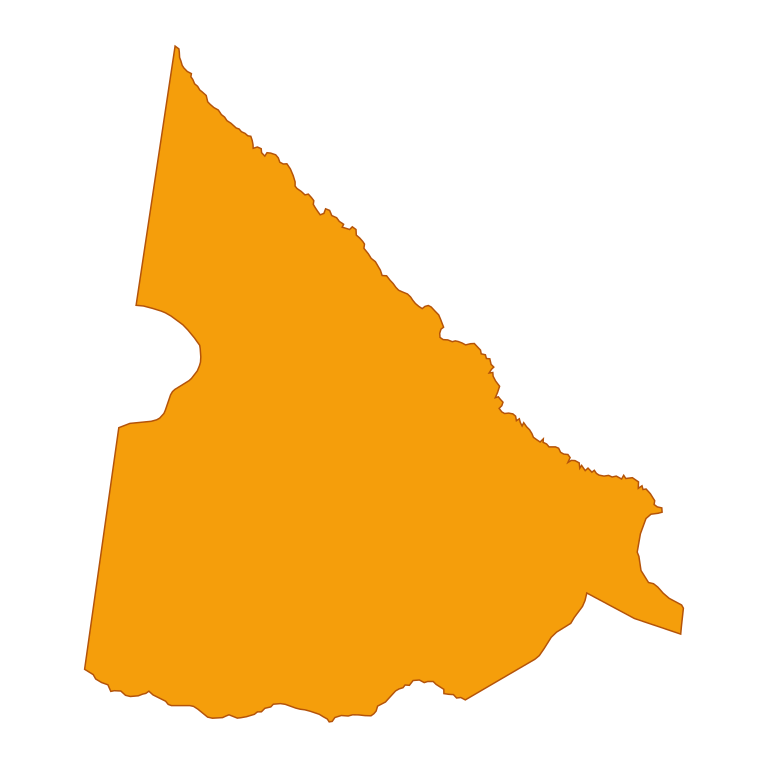 Chapadão do Céu, Goiás, Brazil (orthographic projection)
{"feature_id": "56859067B16920149429601", "entity_name": "Chapadão do Céu", "entity_type": "district", "adm_level": 2, "iso_a3": "BRA", "parent_name": "Brazil", "parent_adm1": "Goiás", "projection": "orthographic", "projection_center": [-52.582, -18.383], "detail": "fine", "context": "isolated", "style": "filled", "palette": "amber", "viewbox_px": 768, "rotation_deg": 0, "n_neighbors": 0, "source": "geoboundaries", "source_scale": "gbopen_adm2", "svg_char_len": 3977}
<svg xmlns="http://www.w3.org/2000/svg" viewBox="0 0 768 768"><path d="M465.3,699.9L535.1,659.1L539.3,655.6L544.1,648.6L551.2,637.3L556.6,632.1L570.8,623.3L574.3,617.4L582.5,606.4L585.0,600.6L586.8,593.0L634.4,618.5L680.7,634.1L681.5,625.6L683.4,608.2L681.6,605.0L669.1,598.3L663.1,593.1L657.8,587.1L653.5,583.7L648.5,582.5L641.0,570.5L638.9,556.4L637.2,552.1L640.4,533.8L646.0,518.5L651.0,514.2L658.0,513.3L662.1,512.2L661.8,507.9L657.3,506.9L654.1,504.5L654.7,500.7L650.4,493.8L646.1,489.0L643.0,489.5L642.0,485.8L638.3,488.3L638.5,481.9L632.4,477.7L625.8,478.5L623.7,475.3L621.6,479.0L616.3,476.1L612.1,477.0L608.6,475.4L604.0,476.1L599.0,475.1L596.4,473.4L594.3,470.3L591.9,472.2L588.0,468.1L585.2,470.6L581.6,465.4L579.8,468.2L579.2,462.9L575.0,460.6L571.3,460.4L567.9,462.5L570.1,457.6L567.9,454.5L563.8,454.1L560.6,452.3L558.6,448.2L555.5,446.9L549.0,446.9L546.6,444.0L543.1,442.3L543.3,438.9L540.1,442.0L536.7,439.7L533.4,437.3L531.9,433.6L529.5,429.7L526.6,426.8L523.7,422.7L522.1,426.0L520.3,422.5L519.3,418.8L516.4,420.7L515.6,416.2L512.9,413.9L508.7,413.1L504.6,413.5L501.8,411.9L499.1,408.4L501.8,405.7L503.0,402.2L500.5,399.5L498.3,396.8L495.3,397.7L497.5,392.6L499.6,386.3L495.6,381.0L493.1,376.2L492.8,372.5L489.1,373.0L491.5,369.3L493.8,367.1L491.1,364.4L489.8,358.8L486.4,358.5L485.4,354.8L481.2,353.8L480.5,350.1L477.2,346.6L474.3,343.5L470.6,343.7L465.6,344.9L462.1,343.0L458.2,341.5L455.3,340.9L452.3,341.7L447.8,339.9L443.1,339.6L440.0,337.4L439.7,333.3L441.0,329.2L443.6,327.2L440.5,319.1L438.7,314.9L435.1,311.2L431.2,307.0L428.3,305.5L425.0,306.4L422.2,308.6L418.8,306.4L415.4,303.5L412.8,300.3L410.6,297.0L407.5,294.0L402.1,291.8L398.6,290.2L395.9,287.4L393.1,283.5L390.0,280.2L386.6,275.8L382.1,275.5L380.4,270.2L378.2,266.5L375.4,261.7L371.2,258.4L368.4,253.9L363.9,248.3L364.5,244.1L362.7,241.4L359.7,238.0L356.3,235.1L356.0,229.5L352.3,226.8L349.6,229.5L345.9,228.3L342.2,227.2L343.6,224.3L339.3,221.4L336.6,217.7L331.8,215.6L329.6,210.4L325.6,208.8L323.9,213.4L320.2,214.8L317.5,211.1L315.0,207.3L313.3,204.4L313.8,200.7L311.5,197.6L308.3,194.1L305.0,194.9L301.2,191.4L297.0,188.5L295.1,186.1L295.1,181.9L293.2,175.6L290.4,169.0L286.9,163.8L283.3,164.0L279.8,162.2L278.3,157.9L275.7,154.8L270.7,153.1L267.0,152.7L264.8,156.1L261.6,152.7L261.2,148.7L257.4,147.0L253.2,148.3L253.0,144.6L252.2,140.4L250.8,136.3L247.8,135.8L245.1,133.4L241.4,131.7L239.1,129.0L236.2,128.0L231.0,123.3L226.9,120.6L224.6,117.1L221.4,114.6L218.3,110.0L213.9,107.6L210.1,104.3L207.7,101.8L206.2,95.5L202.2,91.9L199.8,90.0L197.6,86.3L194.6,83.8L192.8,79.5L190.9,76.8L191.4,73.6L187.3,71.5L183.9,68.0L182.2,65.4L180.9,61.0L179.6,57.5L179.3,52.1L178.9,48.9L175.1,46.1L136.1,305.3L143.5,306.0L152.6,308.4L161.3,311.1L165.4,312.8L171.0,316.0L182.9,324.8L187.9,330.0L194.5,338.0L196.6,341.0L199.7,345.3L200.2,348.5L200.8,356.9L200.5,362.1L199.4,365.9L197.3,370.9L191.5,378.4L189.1,380.6L174.9,389.4L172.5,391.6L170.6,394.8L165.3,410.3L163.9,413.5L159.7,418.1L156.7,419.8L151.2,421.3L129.9,423.4L118.8,427.7L84.6,669.3L93.2,674.6L95.7,679.0L101.5,682.5L107.9,684.8L110.8,691.4L114.2,690.7L120.8,691.0L125.5,695.3L130.3,696.5L138.3,695.8L142.7,694.1L145.8,693.4L148.9,691.2L153.0,694.9L165.6,701.2L168.2,704.4L171.5,705.6L189.9,705.6L193.6,706.4L197.8,709.1L207.6,717.1L212.4,718.2L222.6,717.6L225.6,716.2L229.0,714.8L237.3,718.1L240.9,717.7L246.5,716.7L254.4,714.3L257.4,711.9L261.4,711.8L264.9,708.3L270.8,706.9L273.3,704.2L280.4,703.6L285.2,704.3L295.8,708.1L300.1,709.2L304.8,709.8L310.1,711.2L319.3,714.3L323.0,716.6L327.3,719.0L329.2,721.9L332.2,721.4L334.9,717.5L341.3,715.5L348.2,716.0L352.6,714.8L358.7,714.9L364.9,715.6L371.0,715.8L373.9,713.7L376.1,711.1L377.6,706.1L385.5,702.0L388.0,699.2L395.6,690.9L399.1,688.9L403.0,687.7L405.1,685.0L409.4,685.3L413.1,680.5L419.4,680.0L424.2,682.6L427.7,681.5L433.2,681.5L436.1,684.4L443.8,689.3L443.9,693.6L448.6,694.3L453.4,694.6L456.6,698.0L460.8,697.5L465.3,699.9Z" fill="#f59e0b" stroke="#b45309" stroke-width="1.5"/></svg>